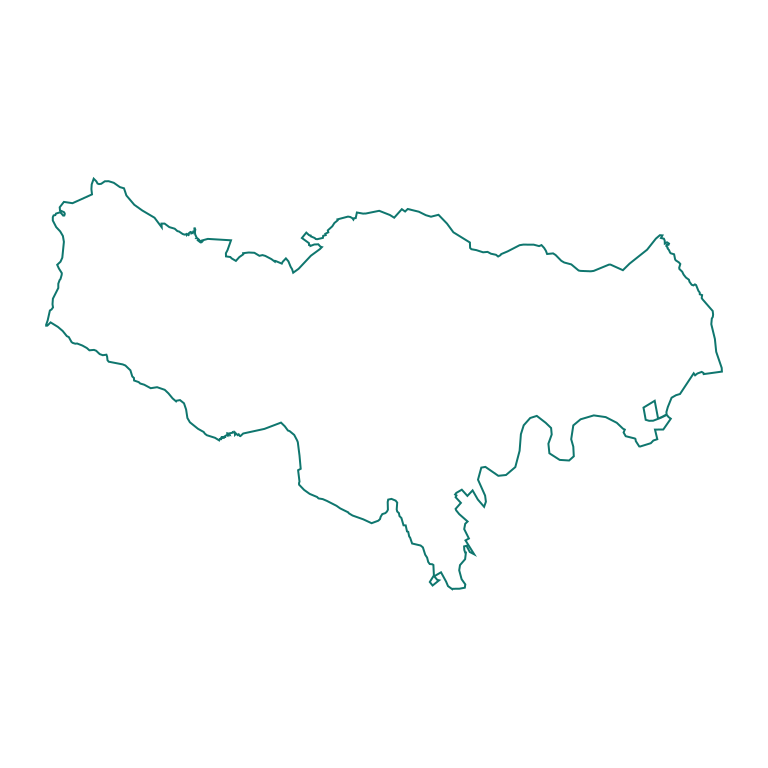 outline of Miraslau, Alba, Romania
{"feature_id": "2599482B57735842574948", "entity_name": "Miraslau", "entity_type": "district", "adm_level": 2, "iso_a3": "ROU", "parent_name": "Romania", "parent_adm1": "Alba", "projection": "orthographic", "projection_center": [23.674, 46.374], "detail": "fine", "context": "isolated", "style": "outline", "palette": "teal", "viewbox_px": 768, "rotation_deg": 0, "n_neighbors": 0, "source": "geoboundaries", "source_scale": "gbopen_adm2", "svg_char_len": 6054}
<svg xmlns="http://www.w3.org/2000/svg" viewBox="0 0 768 768"><path d="M573.3,446.7L571.2,439.2L573.3,425.4L580.6,419.3L593.8,415.4L605.7,417.1L616.8,422.8L623.0,428.7L624.8,429.6L623.6,432.5L625.7,436.2L634.9,438.5L635.5,439.1L635.8,441.1L639.2,446.4L640.2,446.5L650.8,443.2L653.4,440.5L657.3,439.2L655.0,429.6L663.3,429.5L670.8,418.7L668.6,417.1L666.8,414.9L660.8,417.8L653.2,420.7L649.1,420.8L645.7,419.8L643.5,407.6L654.7,400.8L658.1,418.6L662.4,416.7L666.6,414.4L666.4,412.1L667.8,407.1L671.6,397.7L676.0,395.2L680.0,394.0L693.7,373.3L695.1,375.3L697.4,373.5L701.7,371.9L703.5,373.0L703.7,374.1L721.9,371.6L721.7,367.9L716.2,351.8L714.9,339.0L711.3,324.2L711.8,318.6L712.8,316.9L713.1,314.5L712.7,311.0L702.5,299.3L701.7,298.0L702.1,295.1L699.8,294.3L699.7,292.5L698.4,290.8L696.1,285.1L694.9,284.4L693.4,285.4L691.7,284.8L689.5,281.8L688.9,279.7L686.0,277.6L683.6,274.6L682.2,271.7L679.4,269.0L679.2,267.7L680.3,264.0L678.9,262.4L675.7,260.3L675.1,259.3L674.1,254.3L670.8,253.3L670.1,252.6L669.0,250.1L667.6,248.4L667.6,247.5L666.3,246.0L666.6,244.9L668.5,244.8L669.0,243.6L667.0,242.3L664.8,243.5L664.7,240.6L663.9,238.7L661.0,238.0L662.4,235.4L659.9,235.2L655.9,238.6L647.1,249.7L629.6,263.6L622.9,270.2L610.5,264.6L609.0,264.6L593.7,270.9L590.7,271.3L580.6,270.9L578.6,270.5L571.3,264.4L564.2,262.5L561.3,260.8L555.6,255.0L553.1,253.4L547.1,254.0L545.9,250.8L544.1,247.9L541.5,245.1L539.1,246.1L533.8,244.7L523.3,244.6L519.6,245.2L507.6,251.4L501.2,254.1L500.4,255.2L498.1,256.5L496.0,254.8L490.9,253.7L487.6,251.9L483.1,252.3L476.3,250.1L471.4,249.2L470.1,247.9L469.9,242.5L453.4,232.3L447.0,223.6L438.5,214.8L431.0,216.7L425.9,215.2L418.8,211.7L407.7,209.0L405.1,211.5L401.8,209.2L394.2,217.7L389.9,215.0L379.2,210.8L365.9,213.5L363.0,213.6L356.9,212.5L355.7,218.1L354.1,218.2L353.4,219.6L352.4,218.2L350.3,217.0L348.0,216.6L337.4,219.4L337.7,220.3L334.4,223.0L332.3,226.3L327.8,230.4L328.3,232.3L325.3,233.8L325.7,235.1L323.2,235.8L322.9,237.9L317.2,239.2L315.7,239.0L314.7,238.0L310.7,236.3L310.7,235.6L309.0,235.1L306.3,232.6L301.9,238.0L308.9,243.1L309.1,245.1L310.6,245.4L310.6,245.9L314.2,244.5L318.3,244.3L320.4,246.6L321.9,247.1L319.9,249.1L310.9,255.7L298.6,268.8L293.2,272.7L292.1,269.2L290.6,266.7L288.4,261.3L285.9,258.4L282.7,261.8L281.8,263.6L275.6,261.0L275.1,260.9L274.9,261.7L271.4,259.1L265.3,255.9L262.5,255.1L259.4,255.8L254.4,252.8L248.7,252.5L243.1,253.2L243.3,254.3L239.3,257.1L235.9,260.9L231.8,258.5L230.3,257.0L226.0,256.4L225.9,253.2L227.5,250.2L231.0,240.3L207.8,238.9L202.3,240.4L202.6,241.2L202.2,241.6L201.9,240.6L201.3,240.8L200.9,241.8L200.2,241.2L200.0,242.0L197.8,240.3L198.2,239.8L198.7,240.3L199.0,239.7L197.4,238.3L196.4,238.2L196.7,237.8L195.2,234.5L194.9,232.1L195.3,229.5L194.8,228.3L194.4,228.4L194.5,230.2L193.9,232.0L193.6,232.1L193.4,230.8L192.8,233.1L192.0,232.7L191.3,233.3L190.9,232.1L190.4,232.0L188.6,233.5L188.8,234.8L188.5,235.1L186.8,234.1L186.5,234.8L186.2,234.2L184.5,234.6L182.7,234.0L179.0,231.5L177.4,231.1L174.7,228.7L169.3,227.1L164.6,223.6L161.5,223.6L161.7,227.3L154.5,217.7L142.3,210.5L134.3,204.8L126.4,195.5L124.0,188.3L119.9,187.1L113.8,182.8L108.6,181.2L104.8,181.3L101.2,183.8L99.0,184.1L97.5,183.5L96.4,181.4L93.7,178.7L91.7,184.4L91.4,189.1L92.0,194.4L72.5,203.2L63.9,201.9L59.7,207.3L60.0,210.4L63.9,212.1L64.5,213.0L64.8,213.9L64.3,215.5L63.2,215.6L61.0,213.0L59.7,212.4L56.0,213.6L55.3,215.1L53.6,215.4L52.8,217.2L52.8,220.5L56.2,227.1L60.2,231.4L62.9,236.0L63.9,241.8L62.3,257.7L60.5,261.7L57.2,264.8L58.9,268.5L61.8,273.1L61.7,274.8L60.5,279.0L59.6,280.1L58.3,283.7L58.3,288.0L52.9,298.7L52.5,304.2L53.0,307.4L51.5,309.5L49.9,310.5L47.7,320.3L46.1,324.9L46.2,325.7L47.4,325.6L50.6,322.4L57.9,326.9L62.7,331.0L66.8,336.1L68.8,337.1L71.5,342.0L72.7,342.9L75.3,343.7L77.1,343.5L82.3,345.5L86.8,348.0L89.4,350.3L94.0,349.9L96.1,350.7L99.7,354.1L102.8,355.2L106.4,354.7L107.1,356.6L107.5,360.2L108.7,361.7L122.7,364.4L125.4,365.5L130.4,370.3L132.3,376.5L133.9,377.9L134.1,380.5L138.7,382.1L140.2,383.5L144.2,384.7L150.7,388.2L157.1,387.2L164.7,389.8L168.4,393.3L172.6,398.4L176.1,401.4L176.6,400.7L180.0,400.1L184.0,403.3L186.1,409.5L187.4,418.0L189.9,422.3L198.0,428.8L203.7,432.0L204.8,433.6L206.8,435.2L215.0,437.8L219.2,440.4L219.8,439.0L221.1,439.1L221.1,438.1L223.2,437.9L222.5,437.0L225.0,437.0L224.8,436.3L226.7,435.1L227.4,435.5L227.3,433.9L228.4,434.7L228.3,433.8L229.6,434.5L229.2,433.4L232.7,432.7L232.8,432.1L234.9,432.5L235.0,434.8L235.5,434.3L235.2,432.8L237.7,435.1L238.7,434.3L239.7,435.9L240.4,436.1L243.2,433.5L264.4,428.9L281.0,422.6L284.8,426.3L287.9,430.5L289.6,431.1L294.2,434.9L297.1,440.4L297.8,442.2L299.5,455.5L300.7,468.8L298.1,470.2L299.5,481.6L299.0,483.1L299.1,484.7L304.1,489.9L309.7,493.9L317.1,497.0L318.5,498.4L322.7,499.1L326.9,500.9L336.5,505.8L340.2,508.4L348.3,512.4L348.7,513.2L352.5,515.5L363.2,519.3L371.6,523.2L378.3,520.7L380.0,519.1L380.7,516.7L382.3,514.1L385.4,513.1L387.0,511.5L387.9,509.7L387.7,502.0L388.2,499.6L391.5,498.9L395.6,500.6L397.2,502.6L396.7,509.4L397.2,511.5L398.9,513.1L399.5,516.1L401.4,518.0L403.5,525.3L405.7,525.4L407.0,531.4L408.2,531.8L409.2,536.5L410.1,537.6L412.1,543.5L420.6,545.5L422.9,547.4L425.2,554.7L427.1,557.6L428.2,561.9L429.7,564.0L432.4,564.3L433.4,565.0L433.9,575.4L429.8,582.0L432.6,585.5L439.1,580.3L437.3,579.9L434.2,576.3L441.0,572.3L446.1,581.6L448.0,586.1L452.4,589.3L452.8,588.8L459.5,588.7L464.8,587.7L465.3,584.4L461.6,579.2L459.2,570.3L460.0,565.1L465.1,559.2L465.9,552.6L465.2,552.6L464.3,549.9L464.1,546.4L466.5,545.8L469.8,552.0L474.2,554.3L465.5,540.4L468.9,538.5L464.2,529.1L465.2,523.8L467.6,521.5L459.2,514.1L456.2,510.4L455.6,508.9L460.9,502.9L455.6,497.2L456.5,495.4L455.1,494.5L456.3,492.9L461.8,489.7L467.4,495.9L472.6,490.4L477.8,499.5L484.1,506.8L485.9,501.7L485.1,495.6L478.0,479.7L481.3,467.6L485.4,466.9L498.3,475.8L506.0,475.0L515.3,467.1L519.6,450.8L520.9,434.2L523.7,425.3L530.2,418.0L536.8,415.9L545.7,422.8L551.1,428.0L551.7,434.5L548.4,443.7L549.4,453.3L559.7,459.9L569.1,460.5L573.8,456.3L573.3,446.7Z" fill="none" stroke="#0f766e" stroke-width="2"/></svg>